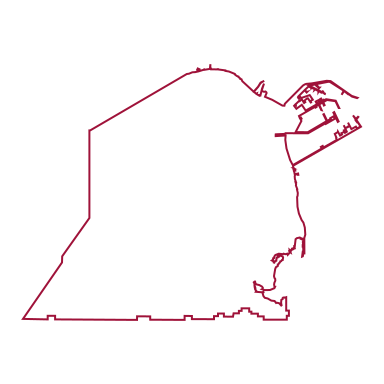 the district of 75, Al Khawr, Qatar
{"feature_id": "91078587B7321304158437", "entity_name": "75", "entity_type": "district", "adm_level": 2, "iso_a3": "QAT", "parent_name": "Qatar", "parent_adm1": "Al Khawr", "projection": "natural_earth1", "projection_center": [51.575, 25.836], "detail": "fine", "context": "isolated", "style": "outline", "palette": "rose", "viewbox_px": 384, "rotation_deg": 0, "n_neighbors": 0, "source": "geoboundaries", "source_scale": "gbopen_adm2", "svg_char_len": 5963}
<svg xmlns="http://www.w3.org/2000/svg" viewBox="0 0 384 384"><path d="M23.0,318.9L47.7,319.4L47.7,315.8L55.1,315.8L55.1,319.4L137.0,319.9L137.1,316.3L150.2,316.4L150.2,319.7L184.6,319.9L184.6,315.9L191.9,316.0L191.9,319.1L214.0,319.2L214.0,316.1L218.0,316.1L218.0,313.5L223.9,313.5L223.9,316.6L233.0,316.7L233.6,313.3L238.9,313.3L238.9,310.9L241.6,310.9L241.6,308.3L249.2,308.3L249.2,311.7L251.4,311.7L251.4,313.7L257.9,313.7L257.9,316.4L263.7,316.4L263.7,319.7L286.8,319.7L286.8,315.8L288.9,315.8L288.9,310.6L286.2,310.6L286.2,297.2L284.7,297.7L283.9,297.3L283.7,296.7L283.7,297.2L282.7,298.0L282.7,299.0L281.3,299.9L281.1,302.9L281.5,305.0L281.2,305.1L281.8,306.2L279.1,303.2L276.7,302.7L276.1,303.0L274.6,301.0L271.3,300.6L267.7,298.5L264.8,297.8L263.5,296.2L262.4,292.6L262.6,292.4L263.4,293.2L263.0,292.7L263.5,292.4L263.3,291.7L262.4,292.3L255.8,291.8L256.3,290.9L255.2,289.6L254.9,288.2L255.4,288.5L255.3,287.6L254.4,285.1L254.6,284.6L254.2,283.0L253.4,281.6L254.8,282.6L255.0,280.7L255.2,282.6L256.1,284.3L259.4,285.1L262.0,286.6L262.8,287.7L262.7,288.8L262.0,289.2L264.7,290.1L270.0,290.0L274.4,288.2L275.0,286.9L274.5,286.9L274.1,284.5L274.4,282.7L275.3,280.7L275.2,278.9L274.5,278.0L274.0,276.1L275.2,269.0L275.9,267.2L277.7,266.1L277.8,264.5L278.3,264.5L279.3,262.8L279.8,262.6L280.3,261.3L281.2,261.2L282.0,260.0L282.7,260.0L283.1,257.6L282.7,256.5L279.8,255.5L278.8,255.7L279.0,256.7L277.7,257.2L278.2,256.5L278.1,255.7L277.6,256.2L277.6,257.5L276.6,257.8L276.3,260.7L275.3,261.0L275.3,261.5L274.1,262.1L274.1,262.6L273.7,262.5L273.4,261.3L271.9,260.5L273.1,259.7L273.1,258.3L274.0,258.1L274.3,256.5L275.4,255.0L278.8,253.7L283.0,254.2L283.5,253.7L285.4,254.2L287.2,253.7L287.7,254.9L289.6,252.8L289.4,251.7L290.6,252.5L289.9,250.1L290.9,250.9L291.9,248.8L292.8,249.1L293.0,248.3L293.6,248.0L293.3,249.1L293.9,248.8L294.1,247.2L294.6,247.5L294.3,246.1L294.8,246.1L295.6,239.2L296.8,238.2L299.8,237.5L300.5,237.9L300.5,239.5L300.7,238.9L301.5,239.2L301.2,237.9L302.0,238.8L303.2,238.7L303.3,241.1L302.8,241.9L303.2,245.1L302.7,245.1L302.7,246.7L303.2,246.7L303.2,248.8L303.6,248.8L303.5,250.4L302.8,251.2L302.1,256.6L302.8,256.3L303.4,253.4L304.4,253.4L304.3,237.9L305.3,234.7L304.8,227.5L303.4,222.6L301.6,220.0L298.9,213.5L297.5,206.8L297.1,197.0L297.6,195.8L297.8,193.0L297.0,189.5L297.3,189.2L295.9,185.5L296.1,184.2L295.5,182.2L296.0,182.2L294.9,179.0L294.7,176.3L295.2,174.3L297.2,173.8L297.4,174.8L297.8,174.8L297.6,173.8L297.9,173.7L298.1,174.8L298.3,174.8L298.1,173.5L294.7,174.2L294.0,170.8L295.3,170.6L295.2,170.2L293.8,170.6L293.7,170.0L294.5,169.8L293.7,169.9L293.4,169.2L293.4,168.4L293.9,168.4L293.4,168.1L294.3,168.0L293.3,167.8L293.0,165.8L361.0,126.7L356.2,119.6L358.3,117.0L358.0,116.8L355.9,118.9L353.0,115.4L355.3,118.8L355.5,120.2L357.3,122.5L357.9,122.4L360.5,126.5L357.1,128.5L355.9,126.6L351.4,129.1L348.0,122.6L349.6,126.0L347.8,127.1L347.6,126.8L345.4,128.4L343.7,125.2L346.8,131.7L345.0,132.8L343.5,129.5L344.3,131.8L341.4,133.2L342.0,134.5L340.1,135.6L337.9,131.6L337.8,132.1L334.8,133.9L336.4,137.6L336.1,138.0L336.8,139.9L323.5,147.5L322.7,145.9L320.9,146.9L321.7,148.5L293.2,164.9L292.5,164.6L290.1,160.0L286.5,148.5L285.3,139.9L285.6,135.5L275.7,136.1L275.7,135.1L276.6,135.1L276.9,134.7L277.4,135.0L285.6,134.3L284.8,134.1L276.8,134.6L275.8,134.9L275.8,134.3L284.8,133.9L285.4,133.2L308.0,133.3L325.3,123.4L325.7,124.0L336.0,118.1L337.8,121.9L338.6,121.4L334.2,112.1L333.4,112.6L335.1,116.3L333.9,117.0L333.6,116.3L330.3,118.2L330.7,118.9L327.2,120.9L323.9,114.1L323.4,114.4L326.7,121.1L307.8,132.2L295.6,132.1L301.4,121.0L300.6,119.4L301.6,118.7L300.9,117.5L299.8,118.0L300.3,117.5L299.7,117.8L299.0,116.0L315.1,106.8L315.5,107.6L316.4,107.1L316.0,106.3L318.7,104.7L321.3,110.1L321.7,110.2L319.2,104.5L322.6,102.5L323.9,105.5L324.6,105.1L323.2,102.2L327.0,100.0L335.5,101.2L338.7,108.0L339.2,108.0L335.7,100.7L326.1,99.2L323.3,100.9L323.6,98.7L323.1,100.8L322.4,101.3L321.7,100.7L321.0,98.6L320.3,99.0L321.5,101.6L319.8,102.6L318.7,100.5L318.8,100.0L318.0,100.4L318.5,100.6L319.5,102.8L317.6,103.8L316.4,101.2L315.7,101.6L317.0,104.2L305.7,110.6L301.8,104.8L296.4,108.8L294.1,105.8L295.3,104.5L295.8,104.9L295.7,104.2L299.0,101.0L299.3,101.3L299.9,101.0L301.7,99.1L304.1,103.0L305.3,102.1L304.4,100.7L305.9,99.5L306.3,99.8L306.0,99.3L307.4,98.3L307.9,98.3L310.7,102.5L311.1,102.3L310.6,101.1L310.8,100.8L312.8,99.7L309.7,95.1L301.2,98.0L300.4,97.1L299.0,98.8L298.1,97.7L299.0,96.9L298.4,96.4L304.6,90.2L306.6,92.5L307.3,91.8L306.6,92.0L304.9,89.9L308.2,86.8L309.1,86.7L311.1,87.7L311.2,88.2L311.6,87.7L314.8,89.3L314.6,89.9L315.2,89.4L317.9,90.8L318.4,91.1L318.4,91.8L318.8,91.1L321.4,92.7L322.4,92.5L324.1,93.2L324.8,93.6L324.5,94.8L325.0,93.8L325.6,94.0L322.7,92.3L323.1,91.5L322.8,91.3L322.1,92.1L309.1,85.6L315.8,84.4L316.3,85.1L316.0,85.4L316.5,86.0L316.8,85.7L318.9,88.4L319.6,87.6L318.9,87.6L316.4,84.5L316.5,84.1L328.2,81.8L329.9,81.9L343.7,90.7L341.6,94.8L344.1,91.0L348.2,94.3L348.6,94.1L352.0,96.6L357.1,98.1L357.5,97.8L351.7,95.9L330.6,81.1L326.7,80.8L311.6,83.4L306.2,83.9L304.6,84.5L303.0,85.5L285.7,102.9L284.8,103.9L284.4,105.7L282.4,105.6L272.2,99.8L265.0,96.8L266.6,93.0L266.3,92.2L265.5,91.5L264.1,91.8L261.6,90.9L264.0,83.6L262.0,88.7L260.4,95.5L259.4,95.1L259.2,95.6L256.5,94.0L256.7,93.5L256.3,93.7L253.8,91.9L258.2,86.8L260.4,83.3L260.8,82.8L261.1,83.6L261.0,82.7L264.2,80.8L260.4,82.9L258.1,86.7L253.7,91.7L242.3,81.2L241.5,79.3L240.3,79.0L240.3,78.5L238.5,77.1L238.5,76.6L236.7,75.9L234.8,74.4L234.8,73.9L228.9,71.5L225.4,70.9L225.4,70.4L217.9,69.4L217.8,68.2L217.8,69.2L217.4,69.4L210.6,69.3L210.2,68.8L210.5,68.4L210.1,68.3L210.3,67.9L210.4,64.2L209.9,68.9L204.4,69.8L204.0,68.5L204.2,69.6L199.4,71.1L199.1,69.3L199.6,70.0L199.2,69.1L197.8,68.5L197.6,69.1L198.0,68.7L198.7,69.0L197.2,69.6L197.5,71.6L195.1,72.1L194.9,71.6L195.0,72.1L192.3,72.3L189.0,73.7L186.8,74.0L90.2,130.4L89.4,130.4L89.4,218.0L62.2,256.3L62.0,262.5L23.0,318.9Z" fill="none" stroke="#9f1239" stroke-width="2"/></svg>